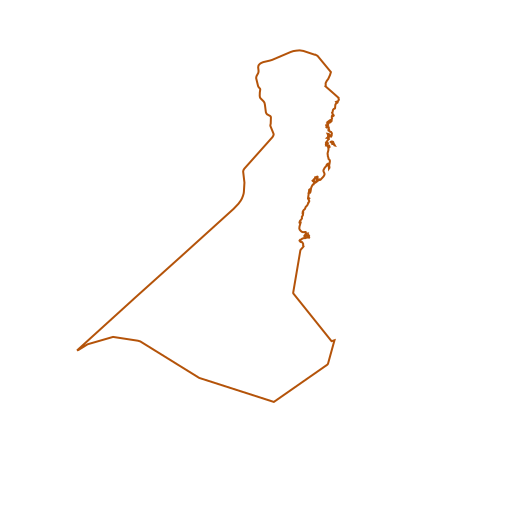 the border of Ash Sharqiyah, rotated 42°
{"feature_id": "SAU-1098", "entity_name": "Ash Sharqiyah", "entity_type": "Region", "adm_level": 1, "iso_a3": "SAU", "parent_name": "Saudi Arabia", "parent_adm1": "", "projection": "equal_earth", "projection_center": [49.771, 23.094], "detail": "fine", "context": "isolated", "style": "outline", "palette": "amber", "viewbox_px": 512, "rotation_deg": 42, "n_neighbors": 0, "source": "natural_earth", "source_scale": "10m", "svg_char_len": 6035}
<svg xmlns="http://www.w3.org/2000/svg" viewBox="0 0 512 512"><g transform="rotate(42 256 256)"><path d="M266.9,201.5L268.6,205.0L269.8,206.6L270.9,207.2L272.4,207.4L273.7,207.4L274.9,206.9L276.5,205.3L276.6,205.6L277.8,205.4L278.4,206.1L278.6,205.8L278.6,206.3L278.5,206.6L278.3,206.8L278.3,207.2L278.5,207.5L278.4,208.6L278.6,208.8L279.0,208.6L279.3,208.3L279.9,206.9L280.6,206.2L280.7,205.9L280.7,205.2L281.1,205.4L281.9,205.5L282.1,206.3L282.8,206.4L283.2,206.7L283.2,206.9L281.9,207.6L281.7,208.1L281.1,208.8L280.7,209.7L279.4,210.9L278.7,212.3L278.5,214.1L278.1,214.2L278.0,214.3L278.0,215.4L278.1,215.5L279.6,215.7L280.1,215.5L280.8,214.9L281.2,214.9L282.7,215.3L283.2,215.7L283.9,216.6L284.9,217.0L285.0,218.2L285.0,221.0L285.1,221.9L285.5,222.6L308.0,258.1L308.5,258.7L309.0,258.9L368.8,268.7L369.2,268.7L370.7,266.1L381.5,287.7L381.7,288.4L381.7,289.1L366.9,352.5L295.4,384.6L227.2,396.9L224.9,398.0L204.5,411.4L203.9,411.8L190.1,434.0L189.7,435.0L186.9,444.7L186.2,445.9L194.1,367.4L200.8,304.4L207.8,236.0L208.0,228.9L207.6,225.1L207.1,222.8L206.1,220.1L205.1,218.0L204.2,216.6L198.3,209.2L190.0,201.9L189.6,201.3L189.1,200.2L188.9,198.8L188.7,156.7L188.4,155.2L187.9,154.0L187.2,153.4L179.8,149.8L179.3,149.4L178.9,148.8L178.3,147.7L174.4,143.1L173.9,142.7L173.4,142.5L172.8,142.5L169.4,143.3L168.3,143.1L167.2,142.6L161.5,137.7L160.0,136.6L159.0,136.2L158.0,136.0L154.1,135.8L153.1,135.6L152.6,135.3L151.6,134.5L149.4,131.9L148.0,129.8L147.6,129.3L147.1,129.0L144.8,128.7L143.8,128.3L137.2,123.8L136.7,123.2L136.2,122.3L135.9,121.5L135.3,118.8L135.0,118.1L134.6,117.4L133.6,116.3L131.4,114.4L130.5,113.0L130.3,112.3L130.3,111.7L130.3,110.7L130.5,109.7L131.2,108.0L131.7,107.0L135.6,101.4L136.8,99.4L145.2,81.3L146.6,78.8L148.5,76.5L150.8,74.0L154.0,71.9L165.0,67.1L165.3,66.7L167.8,66.1L188.6,69.2L189.9,72.0L191.2,76.1L191.4,78.5L191.9,80.4L192.2,81.1L193.7,82.6L193.9,83.4L211.6,83.2L212.1,83.9L213.0,84.4L213.1,84.7L213.3,86.0L213.3,87.1L213.1,87.7L212.6,87.5L212.4,87.9L212.8,88.0L213.2,87.9L213.5,87.6L213.7,87.1L213.9,87.3L213.9,87.6L213.7,88.1L213.5,89.0L213.6,90.1L213.9,90.7L215.8,93.2L215.9,93.6L215.6,94.2L215.4,94.7L215.4,95.3L215.5,96.0L216.7,98.0L216.6,98.5L217.7,99.2L218.8,99.2L219.8,99.7L219.7,100.3L219.2,100.3L218.8,100.5L218.7,100.7L218.7,101.1L219.4,102.1L219.9,102.6L220.4,102.8L220.9,103.9L221.8,105.0L221.9,105.3L221.7,105.9L221.7,106.7L221.8,106.8L221.7,107.1L221.2,108.1L220.9,108.3L221.1,107.7L221.1,107.0L221.1,106.5L221.3,106.0L221.2,105.6L220.9,106.0L220.5,107.2L220.1,107.5L220.6,105.8L220.5,105.2L220.3,105.2L220.1,105.7L219.7,107.8L219.6,108.3L219.5,108.6L219.5,108.8L219.8,108.8L219.9,108.6L220.1,108.1L220.3,107.9L220.3,109.3L220.3,109.6L220.6,109.6L220.8,109.3L220.9,109.0L221.1,109.3L221.0,110.2L221.3,110.4L221.6,110.2L221.9,109.6L221.9,110.1L221.7,110.5L221.8,110.8L221.8,111.0L221.4,111.1L221.7,111.9L221.1,111.6L220.9,111.6L220.7,111.9L221.2,112.2L221.6,112.2L222.0,111.9L222.2,111.3L222.3,111.3L222.5,111.8L222.2,112.1L222.1,112.7L222.2,113.2L222.6,113.2L222.8,113.0L222.5,112.4L222.7,112.1L222.9,111.9L223.9,111.7L224.2,111.9L225.0,112.8L225.9,113.3L226.1,113.7L225.7,114.1L226.0,114.3L226.3,114.2L226.3,113.6L227.1,114.0L228.0,114.1L228.8,113.6L230.2,114.0L230.6,114.4L231.1,115.3L231.6,115.8L231.7,116.0L231.9,117.0L231.6,117.1L231.4,116.9L231.4,116.6L231.4,116.2L231.2,116.2L230.8,116.9L229.5,116.7L229.0,117.3L228.8,117.3L228.7,116.7L228.3,116.7L227.4,117.3L228.4,117.7L228.9,118.2L229.2,118.3L229.4,118.7L230.0,118.2L230.2,117.7L230.8,118.1L230.6,118.5L230.0,119.2L229.8,120.7L230.3,120.4L230.8,119.9L231.1,119.8L231.9,120.3L231.7,120.9L232.0,122.7L232.0,124.0L232.1,124.6L232.5,124.5L232.5,125.1L232.6,125.3L232.9,125.2L233.1,124.9L233.0,124.5L233.2,124.2L233.6,124.2L233.9,124.5L234.1,124.3L234.2,124.6L233.8,125.9L233.6,126.0L233.1,126.0L233.3,126.4L233.9,126.5L234.1,126.9L234.3,126.7L234.7,125.8L234.9,126.0L234.6,126.5L234.8,126.6L235.4,126.4L236.4,126.8L236.8,126.9L236.2,126.0L236.0,125.6L236.3,125.1L236.6,125.1L237.0,125.5L237.3,125.6L237.5,125.5L237.9,124.9L237.6,126.2L237.6,126.6L237.9,127.8L238.4,128.2L238.9,128.8L240.2,131.3L240.9,132.3L241.7,132.8L242.5,133.7L244.0,134.5L244.9,135.3L246.5,135.4L247.3,135.9L247.9,136.7L249.1,138.6L249.5,139.5L251.2,140.9L251.6,141.4L251.7,142.2L250.6,141.1L250.0,140.7L248.4,140.4L248.2,140.0L248.0,138.9L247.8,139.1L247.6,139.6L247.5,140.1L247.5,140.8L247.6,141.2L248.0,141.9L248.0,144.4L248.6,146.8L248.9,147.3L249.2,147.7L249.7,148.0L251.7,148.9L252.4,149.6L252.8,150.7L253.0,152.1L252.9,155.5L252.9,156.2L252.6,156.8L252.2,157.2L252.1,156.7L251.7,156.7L251.5,157.0L251.7,157.8L251.6,159.0L251.2,161.1L250.8,160.8L250.7,160.3L250.7,159.4L250.5,159.0L249.9,158.3L249.6,158.1L249.6,157.2L249.4,156.8L249.0,156.1L248.7,155.9L248.4,156.0L247.8,157.4L247.3,157.8L247.5,158.3L247.8,158.8L248.1,159.8L247.7,160.1L247.7,160.3L247.8,161.7L247.7,162.2L248.1,162.3L248.4,162.1L248.6,161.6L248.5,161.1L249.1,161.7L249.4,161.8L249.5,162.3L250.3,162.5L250.5,163.0L250.6,163.5L250.9,164.1L250.9,164.3L250.4,164.9L250.7,166.3L251.2,168.0L251.7,169.0L253.1,171.1L253.7,172.2L253.9,173.7L253.4,172.2L253.2,172.0L252.9,171.9L252.3,171.5L252.0,171.0L251.6,170.6L251.3,170.6L251.2,171.2L251.4,171.6L252.0,172.1L252.2,172.5L252.3,172.0L252.5,172.0L253.4,174.3L256.1,178.4L256.7,179.1L256.4,177.8L256.8,177.5L257.0,177.5L257.0,178.2L257.3,178.6L257.5,179.0L258.8,179.5L259.0,179.8L259.4,181.3L259.2,181.5L259.5,181.9L260.1,183.7L260.2,184.4L260.1,185.9L260.1,186.3L260.8,188.1L260.9,188.6L260.7,189.8L260.9,191.1L261.1,191.8L261.4,192.2L261.5,191.6L262.1,192.2L263.1,193.7L263.5,194.2L263.9,196.3L264.5,196.8L265.0,197.3L265.2,198.5L265.2,200.4L265.8,201.9L266.1,202.2L266.4,202.2L266.9,201.5ZM237.2,119.7L238.2,120.3L240.6,121.1L240.2,121.3L239.1,120.9L238.7,121.0L238.4,121.1L237.8,121.7L237.6,121.5L237.4,121.5L237.1,121.3L237.1,121.1L237.4,120.9L237.5,120.8L237.2,120.4L237.0,120.2L236.0,120.6L235.7,121.0L235.2,122.0L235.2,121.1L235.6,120.3L236.3,119.8L237.0,119.6L237.2,119.7Z" fill="none" stroke="#b45309" stroke-width="2"/></g></svg>